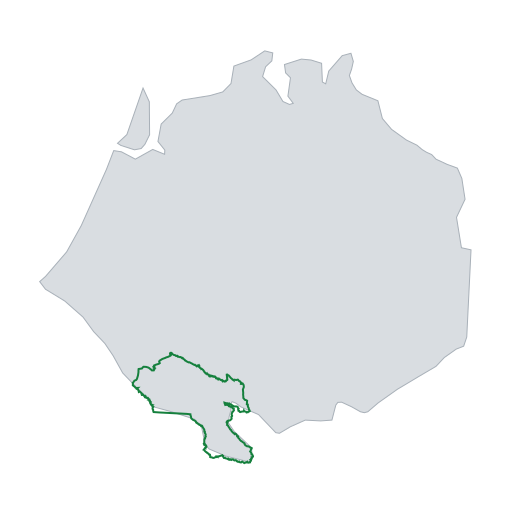 location of Kailahun, Eastern, Sierra Leone, rotated 93°
{"feature_id": "65957751B248885957650", "entity_name": "Kailahun", "entity_type": "district", "adm_level": 2, "iso_a3": "SLE", "parent_name": "Sierra Leone", "parent_adm1": "Eastern", "projection": "orthographic", "projection_center": [-10.677, 8.06], "detail": "fine", "context": "in_parent", "style": "outline", "palette": "green", "viewbox_px": 512, "rotation_deg": 93, "n_neighbors": 0, "source": "geoboundaries", "source_scale": "gbopen_adm2", "svg_char_len": 7678}
<svg xmlns="http://www.w3.org/2000/svg" viewBox="0 0 512 512"><g transform="rotate(93 256 256)"><path d="M461.7,251.4L461.3,255.7L457.4,275.6L451.2,292.7L447.1,296.9L429.6,301.4L422.2,308.9L415.7,333.2L411.6,352.3L405.6,355.5L379.8,383.0L363.0,393.5L351.2,402.4L340.1,414.1L326.1,425.5L311.0,444.6L300.2,464.5L292.9,470.7L287.4,465.1L261.8,445.3L234.8,432.1L177.4,409.9L158.2,403.6L159.0,395.8L165.6,381.6L155.0,364.7L159.2,352.6L155.0,352.6L146.8,359.9L129.2,357.6L117.7,347.1L108.2,343.2L104.1,337.9L98.2,310.3L93.9,297.8L85.1,290.0L67.5,288.0L60.4,271.1L50.7,258.0L52.3,249.9L60.3,250.4L66.5,256.3L76.5,258.8L89.1,244.7L100.3,237.2L102.9,230.5L101.6,226.8L94.7,232.5L76.2,230.9L71.6,236.0L63.3,237.6L57.0,221.0L57.4,211.3L60.1,200.6L78.8,198.8L80.4,195.4L67.5,193.0L51.4,180.4L48.6,171.8L56.6,169.0L64.3,170.3L70.9,172.2L78.1,169.2L84.9,164.5L89.0,158.5L94.6,142.4L112.1,137.0L122.5,127.2L132.3,111.9L136.9,101.1L141.0,95.7L143.5,91.1L145.5,85.9L149.9,81.3L154.5,69.9L157.7,59.5L167.8,54.5L188.4,50.2L206.9,57.8L237.0,51.3L238.6,41.6L266.1,41.5L298.7,41.4L325.9,41.3L335.2,43.9L338.5,51.2L347.5,62.6L356.8,70.5L368.3,87.9L381.8,108.0L396.3,126.3L405.7,136.2L406.8,139.6L406.1,143.5L401.5,152.8L397.5,162.8L397.9,166.6L400.7,168.5L415.9,171.6L417.3,182.8L417.3,198.2L424.7,212.7L431.8,223.3L431.4,227.0L414.2,245.2L407.5,263.2L404.1,268.2L402.7,272.2L406.2,274.1L410.9,272.9L417.6,274.4L423.9,275.0L432.4,268.5L446.4,252.0L451.1,249.9L461.7,251.4ZM152.7,396.6L150.7,400.2L141.5,391.3L94.2,377.6L107.6,370.6L140.5,368.6L150.3,372.8L154.7,376.3L156.3,382.9L152.7,396.6Z" fill="#d9dde1" stroke="#a8b0b8" stroke-width="1"/><path d="M389.9,372.2L391.5,372.3L391.8,372.0L391.9,371.6L392.3,371.3L392.8,370.4L393.9,369.4L394.1,368.6L393.9,367.0L395.0,368.0L395.8,366.6L396.7,366.2L397.9,365.9L397.4,365.0L399.1,363.0L399.6,363.1L399.9,362.2L400.7,362.4L400.6,361.2L402.0,360.1L401.7,359.6L402.4,359.5L402.2,358.9L403.1,358.8L403.0,358.0L403.6,357.4L403.3,356.6L404.6,355.4L405.0,355.7L405.0,355.0L405.7,355.0L405.6,354.6L405.9,354.4L406.4,354.7L407.3,353.5L407.9,354.0L408.1,353.8L408.6,353.8L408.6,353.4L409.7,353.1L410.2,351.5L410.7,352.1L411.2,351.5L412.0,351.3L412.1,350.8L413.1,351.3L414.1,351.3L414.8,350.7L416.0,350.6L417.2,350.1L417.3,344.2L417.3,316.9L417.5,313.2L418.6,313.1L419.2,312.7L421.6,312.1L423.0,310.2L423.4,308.9L424.4,307.4L425.4,307.1L425.6,306.5L426.0,306.2L426.0,305.7L426.9,304.8L427.1,303.8L427.6,303.7L427.8,302.7L428.7,301.9L428.2,301.3L428.6,300.8L429.7,300.3L432.0,298.6L434.0,298.4L434.1,297.9L435.2,297.9L435.5,297.8L435.6,297.5L437.0,296.9L438.0,297.1L439.0,296.7L439.7,297.3L441.0,297.3L441.5,297.9L442.1,298.0L445.4,297.9L446.0,298.2L446.2,297.7L446.6,297.7L447.2,297.9L447.4,297.7L446.9,297.0L447.3,296.8L447.6,296.1L447.8,296.0L448.3,296.0L448.6,295.6L449.0,295.8L449.4,295.7L449.9,296.4L450.3,296.4L450.1,296.7L451.3,297.5L451.7,297.6L452.2,298.0L452.4,297.4L453.0,297.2L453.3,296.9L454.4,295.6L454.5,295.1L455.0,294.8L455.1,294.4L455.5,294.0L455.7,293.3L456.7,292.6L456.6,292.1L456.8,291.6L457.4,291.6L458.0,291.2L459.1,291.3L459.4,290.5L459.4,290.0L459.5,289.2L459.9,288.3L459.8,287.5L459.0,286.0L458.9,285.2L458.2,285.2L458.2,284.2L458.6,283.6L458.1,283.5L457.9,282.1L457.6,281.6L457.1,280.0L456.7,279.3L457.3,278.9L457.4,278.4L458.0,278.4L459.3,277.5L459.0,276.5L459.5,276.3L459.9,274.5L459.8,274.1L460.2,273.7L459.8,273.1L460.2,272.9L460.2,272.4L460.9,272.2L460.9,271.2L460.4,270.8L460.9,269.8L460.2,269.3L460.3,268.0L460.7,267.9L461.3,266.9L460.9,265.5L461.3,265.2L461.6,264.4L462.0,264.3L462.4,263.7L462.2,262.8L462.4,262.5L462.2,262.1L462.7,261.9L462.8,261.0L463.0,260.2L462.3,259.6L462.0,259.0L463.4,256.9L462.7,255.9L462.9,255.4L462.0,254.1L462.6,253.9L462.8,252.8L462.4,251.2L461.9,251.3L460.7,250.3L460.3,250.3L459.9,250.7L459.8,250.4L459.1,250.3L459.1,250.0L458.6,249.9L458.4,249.6L457.3,249.7L457.3,249.3L456.5,248.5L456.0,248.5L455.8,249.0L454.4,249.3L454.0,250.2L453.2,250.2L451.5,251.6L451.1,251.3L449.9,251.0L448.5,250.2L447.9,250.3L447.5,251.9L447.1,252.2L446.5,253.7L446.5,255.0L446.0,255.7L445.7,256.6L444.6,257.5L443.9,257.5L443.3,258.2L442.4,259.8L441.7,260.6L441.5,261.3L440.9,261.9L440.5,262.4L439.2,263.3L438.9,263.8L438.5,264.2L437.7,264.5L437.1,264.5L437.1,265.4L436.1,265.7L435.1,266.4L434.5,267.3L435.0,268.1L434.0,268.8L433.8,269.5L432.2,271.2L431.2,271.6L430.6,272.6L428.6,273.9L427.6,274.7L426.7,275.2L426.2,276.1L425.1,275.8L424.1,276.5L423.6,275.7L423.2,275.6L422.8,276.3L422.2,275.9L421.8,275.1L421.8,274.4L421.5,273.4L421.0,272.8L419.8,271.8L417.9,272.2L417.1,271.5L416.7,271.5L415.9,272.0L415.0,272.0L412.7,271.4L412.6,270.8L411.3,270.0L410.6,270.4L410.0,270.1L409.6,270.2L409.1,271.5L408.0,272.5L407.9,273.5L407.5,275.0L407.1,274.9L406.7,275.0L406.1,278.0L406.4,278.9L405.6,279.2L405.0,279.6L404.1,279.8L404.5,278.4L404.8,278.2L404.5,277.2L404.7,276.5L405.2,275.9L404.6,275.1L405.6,273.7L405.6,273.0L406.2,272.2L407.3,270.2L407.3,267.2L407.8,266.3L408.8,266.0L409.3,265.4L410.1,265.8L411.5,265.4L411.5,264.7L412.5,264.1L412.7,263.6L412.0,261.6L412.0,260.7L411.8,260.0L411.1,259.9L411.7,259.5L412.1,257.7L412.7,257.3L412.3,256.5L412.5,256.0L412.2,255.7L411.2,254.1L410.2,254.5L409.7,255.0L408.1,255.4L406.9,256.2L404.8,256.4L404.6,257.4L401.0,257.3L400.5,258.3L400.2,259.6L398.5,261.2L396.9,261.3L395.2,261.6L393.3,261.6L390.0,262.1L387.5,261.3L386.5,261.4L385.3,261.7L384.0,262.7L384.5,263.6L384.5,264.4L383.1,264.3L382.9,264.8L381.8,265.7L381.8,266.2L381.5,266.7L380.5,267.4L380.4,267.8L380.9,269.3L380.6,271.2L380.8,272.1L381.2,272.0L380.5,273.2L379.9,273.6L379.3,274.6L376.8,276.9L376.4,277.9L375.9,278.4L376.0,279.0L376.4,279.0L377.0,278.7L377.3,278.8L377.7,278.6L378.5,278.7L379.2,278.3L379.6,278.5L381.1,278.1L381.5,278.4L381.8,279.3L382.0,279.5L382.6,279.5L382.8,279.7L382.7,280.8L383.0,280.9L382.8,281.7L382.5,282.0L382.6,282.5L382.3,282.7L382.7,282.9L381.7,283.8L381.5,284.7L381.6,285.0L381.0,285.6L380.6,286.6L380.9,286.9L380.5,287.0L380.9,287.6L380.3,288.0L380.4,288.5L380.2,288.7L380.4,289.1L380.3,289.4L379.9,289.3L379.3,289.9L379.1,290.0L379.0,290.3L378.7,290.3L378.4,290.8L378.9,291.5L378.8,292.0L378.4,292.2L378.5,292.7L378.3,292.7L378.1,293.0L378.2,293.3L378.1,293.5L378.3,293.6L377.9,294.5L378.5,294.7L378.6,295.0L378.4,295.2L378.6,295.5L378.2,295.7L378.4,295.9L378.4,296.2L378.0,296.1L377.3,297.0L377.0,297.0L376.8,297.9L376.8,298.3L376.3,298.4L376.1,298.9L375.8,299.0L376.2,299.5L375.9,300.2L375.0,300.8L374.8,301.2L374.5,301.5L373.9,301.7L373.4,302.3L372.8,302.6L372.3,303.2L371.5,304.3L371.7,304.7L371.3,304.8L370.6,306.2L369.9,306.7L368.5,306.9L368.1,307.2L369.0,307.9L368.3,308.4L368.5,308.9L369.1,309.2L369.3,309.4L367.9,311.2L368.1,311.4L367.7,312.6L367.3,313.3L367.2,313.7L366.8,314.2L366.2,315.7L365.6,316.8L365.8,317.6L364.8,320.0L364.4,320.4L363.9,321.6L363.3,321.8L362.5,323.2L362.2,323.9L361.8,323.7L361.5,324.0L361.8,324.7L360.9,325.8L360.8,326.2L361.0,326.7L360.7,328.0L360.7,328.8L360.3,329.2L359.8,329.2L359.7,329.5L360.0,330.4L359.9,330.9L359.4,331.3L359.1,332.9L358.4,334.2L357.5,334.9L357.1,335.5L357.1,336.1L357.5,336.7L358.0,336.8L359.0,336.5L359.3,335.8L359.6,335.8L360.0,336.2L361.4,338.7L362.0,340.5L362.4,341.0L363.7,344.1L365.6,346.8L366.5,347.2L368.0,346.5L368.6,347.2L369.2,348.6L369.7,350.1L370.6,351.9L370.9,351.7L371.2,351.7L371.7,352.3L371.9,351.9L372.7,352.4L372.9,352.4L372.9,351.8L373.3,351.1L373.7,351.5L374.1,351.4L374.7,351.9L375.0,351.8L375.6,352.1L375.7,354.0L374.9,354.8L374.3,355.8L373.5,356.8L373.0,357.8L372.5,360.0L372.5,362.5L373.1,363.2L374.3,364.0L375.0,367.3L375.8,367.4L378.2,367.3L381.4,367.6L384.7,368.4L385.4,368.7L386.0,369.1L386.9,370.9L388.3,371.7L389.2,372.5L389.9,372.2Z" fill="none" stroke="#15803d" stroke-width="2"/></g></svg>